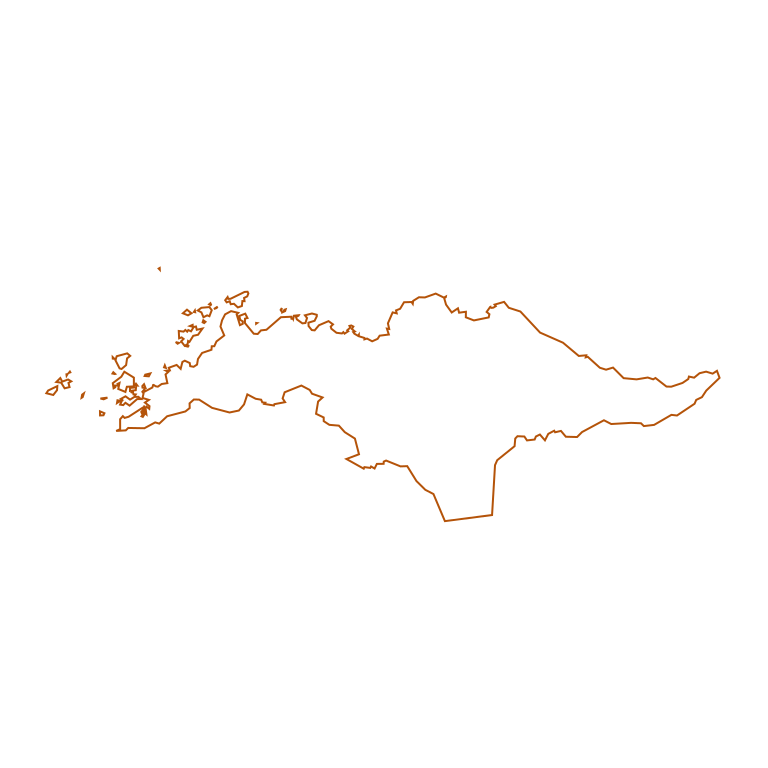 Iloilo, Iloilo, Philippines, rotated 220°
{"feature_id": "2640588B17162343229623", "entity_name": "Iloilo", "entity_type": "district", "adm_level": 2, "iso_a3": "PHL", "parent_name": "Philippines", "parent_adm1": "Iloilo", "projection": "orthographic", "projection_center": [122.982, 11.053], "detail": "fine", "context": "isolated", "style": "outline", "palette": "amber", "viewbox_px": 768, "rotation_deg": 220, "n_neighbors": 0, "source": "geoboundaries", "source_scale": "gbopen_adm2", "svg_char_len": 6202}
<svg xmlns="http://www.w3.org/2000/svg" viewBox="0 0 768 768"><g transform="rotate(220 384 384)"><path d="M137.4,608.1L138.9,603.2L145.2,600.5L149.2,595.1L150.5,588.2L155.2,585.7L154.1,583.4L156.0,576.7L162.2,566.6L166.0,563.6L179.9,563.1L180.8,560.6L186.1,558.5L193.5,549.9L204.2,542.5L219.1,543.8L223.1,537.7L229.1,535.2L245.4,535.8L246.6,534.1L247.5,536.0L252.8,530.7L273.4,530.7L297.5,523.7L326.1,527.2L337.4,522.6L344.8,524.1L350.3,515.9L348.4,515.5L349.3,512.8L350.6,511.4L351.6,511.0L352.1,511.5L352.2,511.3L351.7,505.2L348.1,505.2L346.6,502.3L356.0,490.5L364.2,487.7L367.7,492.0L372.3,486.9L376.0,489.5L378.1,482.3L387.5,484.7L393.0,488.4L392.5,490.3L392.8,490.8L393.6,488.7L402.5,486.5L408.3,476.6L413.0,472.9L415.1,466.4L413.5,463.9L415.6,464.5L421.2,459.5L420.0,452.0L422.1,448.1L419.7,446.3L423.4,444.4L420.0,433.0L415.4,429.5L417.4,428.3L412.1,425.0L418.4,418.2L417.9,414.5L420.5,409.1L426.2,407.9L427.7,405.6L428.6,406.7L434.0,404.4L435.0,405.6L434.9,404.2L439.0,403.5L441.0,404.0L440.1,405.5L444.0,405.5L444.4,408.3L446.7,407.8L447.8,406.3L446.1,405.5L446.7,401.5L445.3,401.4L446.6,397.2L448.5,397.6L448.7,395.7L453.3,392.7L459.9,392.5L461.7,393.7L461.4,396.9L466.9,396.5L471.6,387.2L471.6,380.5L474.0,378.9L479.0,379.9L481.3,382.4L477.8,387.8L479.0,392.7L480.0,393.8L484.5,391.7L488.7,385.8L485.4,385.1L483.4,380.2L485.5,378.0L492.3,377.5L494.6,378.8L493.4,381.3L493.5,381.9L496.9,378.4L495.4,375.5L495.6,375.6L496.3,374.8L496.9,374.5L498.2,376.0L505.9,368.9L508.9,350.0L512.7,346.0L512.9,341.1L516.1,338.8L529.7,341.3L532.5,344.7L531.0,346.8L535.5,348.7L538.6,343.1L535.3,340.7L532.4,341.2L530.9,339.3L532.2,336.5L541.6,342.6L541.4,344.8L548.0,341.5L550.5,335.2L549.0,328.7L546.2,322.9L537.6,318.5L539.7,308.9L538.3,303.9L540.2,302.2L538.2,299.3L543.3,290.9L542.6,283.6L539.7,278.7L540.9,274.8L543.9,273.1L546.3,275.2L551.6,273.8L552.6,271.3L549.5,264.9L555.1,265.3L559.3,258.1L556.8,256.8L559.4,254.1L557.0,254.6L557.5,250.9L550.5,245.4L554.3,241.1L555.5,236.6L557.4,235.5L559.9,235.2L560.2,234.9L559.2,232.4L562.4,224.5L564.1,226.1L564.1,222.7L562.1,222.2L560.0,218.1L553.9,220.7L555.2,216.1L549.4,216.3L547.9,214.1L551.4,214.0L551.2,212.3L546.5,208.0L548.2,208.0L547.6,203.8L549.0,203.4L549.0,205.1L552.0,206.6L552.1,210.4L553.7,210.6L558.6,194.7L560.9,191.3L563.4,191.5L563.5,187.4L557.1,179.8L559.0,175.9L552.0,182.5L551.7,185.9L539.1,196.1L534.6,207.5L530.7,209.2L529.4,219.9L518.5,235.3L517.4,240.7L520.5,244.2L519.7,249.9L515.6,253.2L500.4,255.2L484.0,262.9L478.1,270.4L478.1,278.4L482.0,288.2L472.8,290.2L468.0,293.0L465.4,291.7L463.0,293.3L462.9,291.8L454.5,296.8L455.0,298.1L448.1,306.5L452.4,307.8L454.8,313.8L446.3,329.7L437.1,331.7L432.9,330.3L422.4,334.2L423.2,328.2L416.9,317.5L408.7,319.6L406.3,316.8L399.6,317.6L391.8,323.1L383.1,321.9L371.2,323.5L358.0,314.1L364.6,302.4L345.1,306.1L345.6,307.7L340.6,310.9L340.9,312.5L336.9,313.2L338.1,318.2L333.0,322.6L334.3,324.4L333.2,326.7L318.4,331.5L313.4,336.0L296.7,330.5L284.3,329.5L275.4,331.5L249.2,318.1L217.0,353.1L246.8,393.2L248.3,398.4L244.0,420.3L248.4,426.6L248.2,429.8L242.7,434.0L238.2,432.7L232.9,438.3L233.9,441.4L232.1,445.5L224.5,444.3L226.1,451.4L223.6,457.6L221.9,457.0L218.3,461.8L210.8,460.5L202.0,467.5L201.4,474.5L192.2,497.6L184.2,499.4L169.7,513.1L161.9,519.1L157.9,518.8L150.8,526.3L144.0,545.1L139.3,548.2L133.4,568.5L134.6,572.5L132.0,578.3L132.9,586.1L130.9,604.4L137.4,608.1ZM588.4,206.9L587.8,208.7L589.3,209.7L586.5,211.9L588.2,212.8L587.3,214.8L584.4,209.4L577.0,211.7L579.2,216.6L574.1,221.4L579.7,228.1L590.8,226.5L589.9,220.7L592.3,210.3L588.4,206.9ZM566.8,286.3L561.2,285.1L560.1,288.4L561.7,291.0L560.1,291.2L561.1,298.3L558.1,302.2L558.7,309.8L562.3,305.2L565.0,307.2L566.4,305.3L565.7,300.3L568.6,299.5L568.4,297.6L570.9,297.7L571.2,295.3L575.3,292.7L570.3,287.3L569.0,289.6L566.5,289.7L566.8,286.3ZM557.0,345.4L555.4,348.2L552.7,346.6L550.5,349.0L545.2,348.7L543.0,352.4L545.8,356.5L544.1,357.8L546.5,360.0L545.1,363.2L546.1,366.2L547.8,367.0L550.0,364.9L556.3,350.7L558.0,349.1L559.7,350.1L559.5,346.1L557.0,345.4ZM596.6,226.0L594.7,226.8L593.7,232.7L597.3,238.5L596.5,242.4L600.4,242.4L606.6,233.5L605.1,229.6L596.6,226.0ZM572.9,198.6L570.2,200.2L570.0,203.4L565.0,203.9L563.4,213.8L560.5,216.2L563.9,216.3L566.9,213.7L568.5,208.8L574.1,208.4L576.0,203.4L574.3,203.6L572.9,198.6ZM565.2,319.1L563.6,322.9L561.3,323.7L563.4,329.8L567.2,330.7L572.9,325.0L573.9,320.6L569.9,321.5L565.2,319.1ZM636.3,174.9L632.1,177.5L625.9,175.4L622.9,179.5L626.4,182.0L625.3,185.0L628.9,184.4L632.0,179.0L635.8,180.5L636.3,174.9ZM636.7,159.9L630.3,163.0L630.5,169.1L632.9,172.4L637.1,163.1L636.7,159.9ZM583.5,308.9L578.3,310.6L577.0,314.4L582.7,314.3L583.5,308.9ZM574.1,215.4L570.2,219.7L571.8,222.1L576.1,217.7L574.1,215.4ZM581.3,177.4L578.8,179.7L579.4,181.9L584.0,180.5L581.3,177.4ZM549.1,205.8L548.5,208.6L554.0,213.3L550.4,209.4L551.0,206.4L549.1,205.8ZM572.5,236.3L569.1,238.7L569.8,241.9L572.9,237.7L572.5,236.3ZM591.9,190.6L588.9,192.1L587.1,195.8L591.9,190.6ZM576.3,197.8L575.8,199.6L574.6,201.9L577.7,200.2L576.3,197.8ZM562.6,314.7L560.9,315.1L560.7,316.9L563.4,316.7L562.6,314.7ZM607.9,183.9L608.4,181.8L606.8,179.0L606.4,180.3L607.9,183.9ZM566.7,226.0L564.2,227.7L567.7,229.6L567.8,227.1L566.7,226.0ZM569.9,303.7L567.2,304.9L568.6,306.3L569.9,303.7ZM574.1,223.0L572.0,224.3L574.2,224.8L574.1,223.0ZM570.5,282.2L568.0,282.2L567.5,283.7L570.5,282.2ZM507.5,374.4L506.6,376.3L507.3,378.0L508.0,376.9L507.5,374.4ZM510.8,374.3L509.5,373.9L511.1,376.5L510.8,374.3ZM561.2,336.3L562.5,332.1L561.1,334.6L561.2,336.3ZM598.7,217.5L596.6,218.6L596.4,218.9L598.9,219.0L598.7,217.5ZM569.2,332.6L567.5,332.9L567.5,333.6L568.9,334.3L569.2,332.6ZM570.0,214.7L567.4,215.6L567.5,216.4L570.0,214.7ZM609.1,230.2L608.1,229.1L606.7,230.0L609.1,230.2ZM630.8,327.6L629.2,327.4L630.4,328.7L630.8,327.6ZM563.9,257.4L563.2,255.4L561.5,256.1L563.9,257.4ZM633.5,187.3L632.5,186.4L632.8,188.2L633.5,187.3ZM559.4,286.0L558.2,286.6L558.3,287.5L559.3,287.4L559.4,286.0ZM576.1,318.7L575.9,317.0L574.8,317.6L576.1,318.7ZM571.3,216.7L571.6,215.5L570.5,215.9L571.3,216.7ZM631.8,191.3L632.6,191.6L632.6,189.9L631.8,191.3ZM520.4,349.1L521.2,348.6L520.7,348.0L520.4,349.1Z" fill="none" stroke="#b45309" stroke-width="2"/></g></svg>